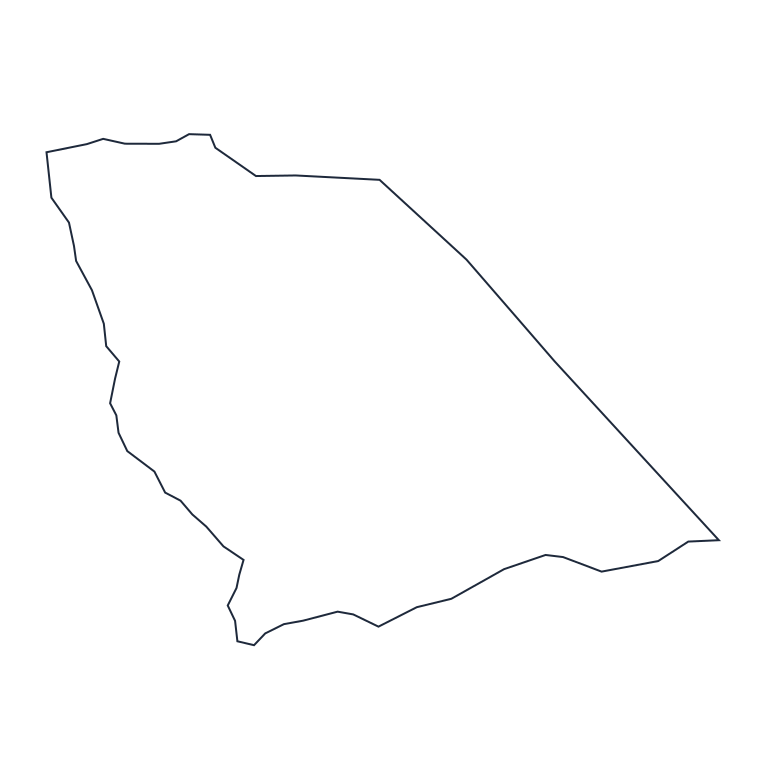 Serra de São Bento, Rio Grande do Norte, Brazil, rotated 88°
{"feature_id": "56859067B16323144797596", "entity_name": "Serra de São Bento", "entity_type": "district", "adm_level": 2, "iso_a3": "BRA", "parent_name": "Brazil", "parent_adm1": "Rio Grande do Norte", "projection": "natural_earth1", "projection_center": [-35.714, -6.42], "detail": "fine", "context": "isolated", "style": "outline", "palette": "slate", "viewbox_px": 768, "rotation_deg": 88, "n_neighbors": 0, "source": "geoboundaries", "source_scale": "gbopen_adm2", "svg_char_len": 846}
<svg xmlns="http://www.w3.org/2000/svg" viewBox="0 0 768 768"><g transform="rotate(88 384 384)"><path d="M551.8,54.8L367.3,212.7L328.1,244.3L262.6,297.2L179.8,381.3L172.5,465.0L171.7,504.7L142.0,544.3L128.9,549.1L127.5,570.1L134.2,583.3L136.1,600.4L134.8,634.5L129.2,656.1L133.9,672.6L140.6,713.2L186.2,709.9L211.7,693.2L235.3,689.0L250.3,687.4L280.1,672.6L314.0,661.9L336.5,660.3L352.3,647.8L369.3,652.6L393.7,658.4L406.0,652.6L423.5,651.0L442.1,642.9L463.5,616.5L484.9,606.5L493.5,591.4L507.7,580.1L520.4,566.5L540.7,550.1L554.9,530.5L569.6,535.3L582.7,538.5L599.9,547.9L615.5,541.1L636.0,539.5L640.5,523.0L629.1,511.4L620.5,492.4L617.7,473.1L609.9,438.3L613.2,422.8L626.3,398.0L608.2,359.0L601.0,324.2L573.2,270.4L560.5,228.5L563.2,211.1L579.1,173.1L570.5,116.1L552.1,85.4L551.8,54.8Z" fill="none" stroke="#1e293b" stroke-width="2"/></g></svg>